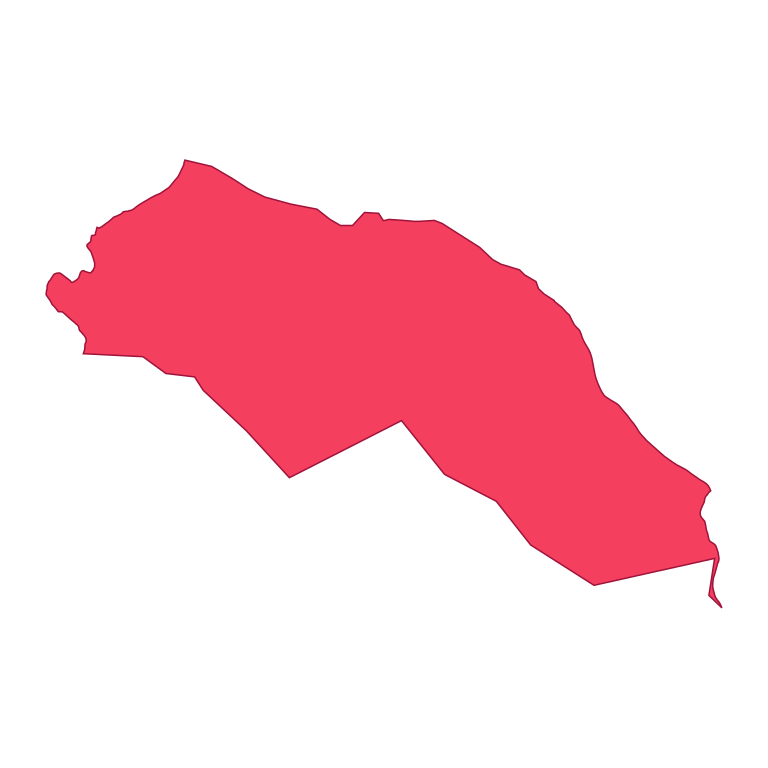 outline of Anse Cochon, Anse-la-Raye, Saint Lucia
{"feature_id": "8701671B53100902069949", "entity_name": "Anse Cochon", "entity_type": "district", "adm_level": 2, "iso_a3": "LCA", "parent_name": "Saint Lucia", "parent_adm1": "Anse-la-Raye", "projection": "natural_earth1", "projection_center": [-61.053, 13.922], "detail": "fine", "context": "isolated", "style": "filled", "palette": "rose", "viewbox_px": 768, "rotation_deg": 0, "n_neighbors": 0, "source": "geoboundaries", "source_scale": "gbopen_adm2", "svg_char_len": 3595}
<svg xmlns="http://www.w3.org/2000/svg" viewBox="0 0 768 768"><path d="M343.8,225.5L340.5,225.5L330.0,219.4L317.0,209.2L290.9,204.1L264.7,197.0L248.2,188.8L232.5,178.6L211.6,166.4L184.9,160.1L184.7,160.8L184.0,162.9L183.9,164.4L182.8,167.0L179.1,174.7L177.9,176.8L177.0,178.0L175.5,179.6L172.5,183.2L171.4,184.6L169.1,187.4L164.5,190.5L160.4,193.3L157.0,194.8L156.1,195.1L151.4,197.5L144.9,201.3L139.7,204.4L136.1,207.0L134.0,208.7L132.0,210.0L130.3,210.4L128.4,211.0L127.8,211.3L125.6,211.3L124.2,211.7L123.4,211.7L121.3,213.8L120.0,214.5L116.1,216.3L114.3,216.9L113.5,217.3L111.0,219.7L108.0,222.2L106.0,223.5L103.5,225.4L101.3,227.0L99.6,227.8L98.8,228.2L98.4,227.9L97.1,227.3L96.8,228.1L96.4,229.5L96.3,230.7L95.5,232.4L95.5,233.5L95.5,234.6L94.7,235.0L93.6,235.5L93.1,235.2L92.0,235.5L91.4,236.2L91.3,237.1L90.9,239.2L90.9,240.6L90.4,241.8L89.7,242.4L88.3,243.6L87.1,244.6L87.0,246.4L87.9,247.9L89.1,249.5L89.8,250.1L91.3,252.5L92.3,255.5L93.3,258.3L94.1,261.0L94.7,263.5L94.6,266.3L94.6,267.1L93.3,269.4L93.2,270.6L92.4,270.8L91.4,272.1L90.7,272.8L89.4,272.8L87.1,272.1L85.5,271.6L84.2,271.0L83.7,270.6L81.9,271.0L80.5,272.5L79.2,276.3L79.0,277.2L78.0,278.6L77.1,279.5L75.5,280.6L74.5,281.2L73.3,282.1L72.3,282.2L71.8,282.4L70.8,281.8L70.3,280.8L61.7,274.2L59.8,273.0L58.3,273.0L56.2,273.3L54.6,274.0L54.1,274.3L53.6,274.9L51.7,277.7L50.0,280.5L48.8,281.6L47.1,285.7L47.1,288.4L46.5,290.9L46.1,294.1L46.2,294.9L48.3,298.0L50.1,300.5L52.4,304.9L53.3,305.5L55.6,308.1L58.3,311.7L60.4,311.7L62.2,311.9L63.2,312.5L71.0,319.6L74.6,322.5L76.0,324.0L76.9,324.4L78.5,326.5L78.9,327.8L79.2,329.5L79.6,330.6L80.3,331.1L81.4,332.3L82.7,333.9L83.6,334.8L84.8,336.3L86.0,338.7L86.0,339.7L86.3,341.4L85.2,343.6L85.0,344.6L84.7,349.5L83.5,353.1L83.3,353.7L142.9,356.7L165.9,373.5L194.6,376.9L203.2,390.3L246.3,430.7L289.4,477.7L401.5,420.6L444.6,474.4L496.3,501.3L530.7,545.0L594.0,585.3L647.7,573.3L714.6,558.4L708.9,595.4L721.9,607.9L720.3,604.2L719.0,602.0L717.3,600.0L715.6,597.4L714.9,595.8L714.4,593.9L713.8,591.8L713.1,589.0L712.7,586.3L712.8,583.2L713.1,579.6L713.7,577.0L714.7,574.1L715.5,571.3L716.6,567.3L717.6,563.4L718.6,561.3L719.0,558.8L718.7,556.3L718.4,554.6L718.0,552.3L717.1,549.4L716.1,546.5L715.4,545.2L713.9,543.8L711.3,542.2L710.0,541.2L709.4,540.6L708.9,539.2L708.3,536.8L707.7,533.6L706.7,530.9L706.1,528.4L705.8,526.0L705.2,523.3L704.7,521.3L703.1,519.4L701.3,517.3L700.5,515.6L700.2,513.2L700.3,511.9L701.0,509.2L701.8,507.3L702.8,505.0L704.1,502.4L704.5,500.4L704.8,498.6L705.7,496.4L706.4,495.7L707.4,494.6L708.6,492.6L710.7,490.9L709.7,488.3L708.2,485.7L706.3,483.7L703.3,481.6L700.2,479.9L692.7,474.7L691.1,473.6L687.4,470.7L685.2,469.3L679.0,466.0L676.8,464.9L672.2,461.9L664.6,456.5L656.7,449.6L646.9,440.8L643.2,436.8L641.1,434.5L638.6,431.2L636.5,427.6L633.9,423.9L630.6,419.9L627.5,415.6L624.8,412.5L621.5,408.6L618.9,405.4L616.9,403.8L614.2,402.1L610.7,400.1L606.0,397.0L604.0,395.3L601.7,391.7L600.0,388.3L598.4,384.7L597.4,382.4L596.2,379.0L595.1,375.1L594.3,371.1L593.3,365.7L592.3,360.4L591.7,357.5L590.1,352.5L588.4,349.1L586.7,346.2L585.1,343.5L583.7,340.9L582.1,337.3L581.3,334.5L579.7,330.6L578.3,329.0L577.1,327.9L574.5,325.1L572.4,321.3L569.4,315.1L566.2,312.2L561.8,307.3L554.4,301.4L554.2,300.5L553.1,299.8L544.2,294.1L538.5,288.7L536.0,281.6L524.6,274.9L519.6,269.9L500.7,264.1L492.5,259.5L479.7,247.4L442.2,223.5L434.3,220.4L431.5,220.6L418.7,221.4L417.2,221.3L415.3,221.4L403.2,220.4L391.8,219.6L389.2,219.4L383.4,220.7L378.6,213.3L364.5,212.5L352.5,225.5L349.2,225.5L346.3,225.5L343.8,225.5Z" fill="#f43f5e" stroke="#9f1239" stroke-width="1.5"/></svg>